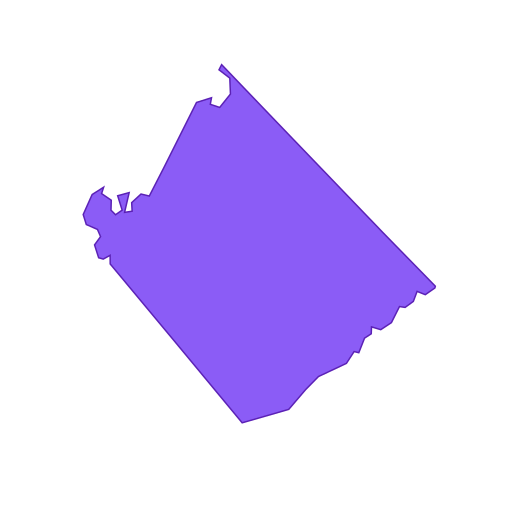 the district of Holmes, Mississippi, United States of America, rotated 27°
{"feature_id": "52423323B40462865306568", "entity_name": "Holmes", "entity_type": "district", "adm_level": 2, "iso_a3": "USA", "parent_name": "United States of America", "parent_adm1": "Mississippi", "projection": "natural_earth1", "projection_center": [-90.149, 33.127], "detail": "fine", "context": "isolated", "style": "filled", "palette": "violet", "viewbox_px": 512, "rotation_deg": 27, "n_neighbors": 0, "source": "geoboundaries", "source_scale": "gbopen_adm2", "svg_char_len": 861}
<svg xmlns="http://www.w3.org/2000/svg" viewBox="0 0 512 512"><g transform="rotate(27 256 256)"><path d="M133.3,146.2L133.8,218.9L133.7,251.0L125.4,253.0L121.0,264.9L125.3,272.3L119.1,276.8L114.2,257.1L105.4,265.1L115.9,275.9L112.1,283.0L106.0,281.0L101.7,272.0L90.1,270.5L89.0,263.9L82.1,275.6L83.2,297.5L90.5,305.0L102.7,304.3L108.7,309.3L107.1,319.4L116.6,329.0L121.3,328.1L125.7,321.6L129.7,329.3L213.4,365.2L215.3,366.0L319.4,410.9L354.8,377.8L360.9,352.4L366.4,335.0L385.3,310.6L386.8,296.6L391.5,295.5L390.0,279.9L394.0,273.0L391.1,266.7L400.6,265.0L406.9,253.9L406.8,235.9L412.2,234.1L416.8,225.0L415.6,214.4L424.4,213.6L429.9,203.3L429.5,201.5L358.1,177.4L345.2,172.9L339.1,170.8L213.1,127.1L138.5,101.1L138.5,106.9L151.9,109.4L159.7,123.3L156.2,140.1L146.4,141.6L144.5,135.2L133.3,146.2Z" fill="#8b5cf6" stroke="#5b21b6" stroke-width="1.5"/></g></svg>